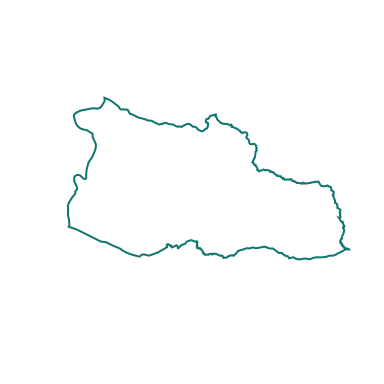 Guamal, Magdalena, Colombia, rotated 62°
{"feature_id": "7082276B25614510642734", "entity_name": "Guamal", "entity_type": "district", "adm_level": 2, "iso_a3": "COL", "parent_name": "Colombia", "parent_adm1": "Magdalena", "projection": "orthographic", "projection_center": [-74.102, 9.246], "detail": "fine", "context": "isolated", "style": "outline", "palette": "teal", "viewbox_px": 384, "rotation_deg": 62, "n_neighbors": 0, "source": "geoboundaries", "source_scale": "gbopen_adm2", "svg_char_len": 6012}
<svg xmlns="http://www.w3.org/2000/svg" viewBox="0 0 384 384"><g transform="rotate(62 192 192)"><path d="M164.8,317.2L170.2,312.1L172.6,310.2L193.0,295.7L196.0,291.4L201.7,287.4L208.7,281.7L210.3,281.2L214.9,278.2L219.0,274.6L223.9,269.3L224.4,268.4L224.4,267.7L223.9,266.7L223.9,265.0L225.0,263.2L228.0,259.9L229.4,250.1L229.0,239.8L227.8,239.6L227.0,239.3L226.6,237.9L226.8,237.5L228.1,237.1L228.6,236.4L229.5,236.3L229.8,235.5L230.4,235.9L231.5,235.8L231.9,232.3L231.6,230.9L233.1,230.2L235.0,230.8L235.3,230.3L234.3,227.8L233.9,225.8L234.4,223.7L234.4,221.9L233.3,220.2L234.1,215.2L237.2,212.7L237.6,211.1L238.4,210.6L239.0,210.8L239.4,211.8L240.0,211.8L240.3,212.2L241.6,212.3L242.0,213.4L243.2,213.5L243.6,213.8L243.8,213.7L243.7,213.4L244.0,213.2L243.9,212.8L244.1,212.5L245.1,212.4L245.3,211.3L246.6,211.4L246.8,210.8L248.4,210.6L249.0,210.3L250.0,210.7L250.3,210.3L251.5,210.9L251.7,210.5L252.3,210.4L252.5,209.9L253.2,210.2L253.9,209.5L254.1,208.6L255.0,207.1L254.9,206.4L255.2,206.2L255.0,205.5L255.8,203.6L256.7,203.5L256.5,202.1L257.0,201.6L257.6,199.9L259.0,199.2L259.5,198.5L261.4,197.2L261.8,195.8L262.6,195.6L262.8,195.0L264.5,195.3L265.0,195.1L265.0,194.3L265.3,194.2L266.0,192.9L265.9,192.5L266.2,191.0L265.8,190.5L265.8,189.2L266.4,187.6L266.3,186.9L266.6,186.2L267.8,185.3L267.9,185.1L267.4,184.2L267.5,183.0L267.1,182.8L266.5,180.4L265.7,179.2L266.0,178.3L265.8,177.2L266.7,175.0L266.7,172.9L267.6,169.4L268.9,167.6L269.3,164.7L271.4,162.2L272.3,160.4L274.2,153.7L274.8,153.3L275.6,152.1L276.9,151.5L278.9,149.1L279.9,147.0L286.1,144.2L286.9,143.6L287.3,142.2L288.0,141.6L288.2,141.1L289.2,141.0L291.8,139.8L291.9,139.4L292.5,139.1L293.7,137.6L296.1,137.4L297.1,133.3L299.9,131.4L301.7,129.3L301.9,128.4L302.7,127.1L302.9,125.6L304.3,122.6L306.7,119.7L307.0,116.4L308.0,112.8L310.5,108.4L312.2,104.0L312.8,100.3L314.4,97.5L314.8,94.3L314.6,91.6L314.9,90.2L314.7,88.0L314.9,86.7L314.7,84.1L315.1,82.6L316.4,80.3L315.8,80.4L314.8,81.9L314.2,82.0L313.8,83.4L313.0,83.4L312.3,84.1L311.4,83.5L311.0,83.6L310.4,84.4L309.7,84.1L309.3,84.5L309.0,84.1L308.6,84.3L308.3,83.9L307.2,84.8L306.9,84.4L306.1,84.7L305.5,84.5L305.7,84.1L304.8,84.2L304.7,84.0L304.8,83.7L303.5,82.6L303.6,81.4L302.2,80.9L301.3,79.9L300.2,78.1L299.3,77.5L298.3,76.3L296.6,75.4L294.6,75.6L294.1,75.3L294.0,75.0L294.3,74.5L294.3,73.9L293.7,73.4L292.8,73.7L291.1,73.4L290.4,73.7L289.7,73.1L289.1,72.9L288.7,73.6L287.9,74.2L283.8,74.4L284.6,73.8L284.0,72.7L282.8,72.3L282.1,72.3L280.9,71.2L279.1,71.2L278.8,70.2L277.7,69.4L276.9,69.4L275.8,70.2L274.5,70.6L274.1,71.1L273.2,70.4L272.2,70.3L271.2,69.6L269.3,70.2L268.5,70.8L266.7,69.7L262.5,69.3L261.9,68.8L260.8,69.2L260.2,68.6L260.0,67.6L258.0,66.8L255.9,68.1L255.3,68.1L254.3,67.4L252.5,67.2L251.1,68.9L249.9,69.2L249.2,72.3L247.4,74.8L246.6,75.2L245.1,75.4L242.6,75.4L242.0,75.6L241.8,76.9L240.7,78.3L240.6,80.1L239.8,81.1L239.6,83.1L238.9,84.5L238.8,85.8L238.1,86.7L237.9,87.9L237.5,88.4L236.3,88.9L236.7,89.9L236.3,90.2L236.3,90.6L235.6,90.8L235.8,91.6L235.2,92.4L234.2,93.2L233.3,95.2L231.7,95.8L231.3,96.4L230.8,96.4L230.5,97.0L229.8,97.2L229.5,98.1L228.5,98.4L227.2,98.4L226.8,99.0L227.0,100.0L225.8,101.5L224.6,104.5L222.9,104.7L223.0,105.4L222.1,105.2L221.5,106.0L220.6,106.4L220.2,106.6L219.8,106.3L218.5,108.4L217.7,109.1L217.4,108.9L217.3,109.4L216.9,109.3L215.1,110.5L213.4,110.7L213.0,111.2L212.3,111.2L211.6,112.6L210.8,112.7L210.1,113.1L210.4,113.7L209.3,113.9L208.1,114.9L207.4,115.9L207.4,117.2L206.1,117.9L205.7,118.4L205.5,119.2L205.8,120.0L205.3,121.2L205.3,123.1L203.8,123.2L203.5,123.9L203.1,124.1L201.9,123.2L200.8,123.1L199.6,123.5L198.2,123.1L197.5,123.5L197.4,124.2L195.9,124.0L194.2,124.7L194.1,123.9L192.8,123.2L192.4,122.2L191.4,121.3L191.5,120.8L188.0,118.0L186.8,117.2L186.3,117.1L185.8,115.4L184.3,115.2L183.8,114.2L183.0,114.3L181.6,114.0L181.3,113.6L179.5,114.0L178.4,114.8L178.2,115.2L178.2,116.3L177.9,116.9L176.9,118.1L176.1,118.4L172.7,117.4L169.6,118.6L168.5,117.6L167.9,116.5L166.0,115.8L165.4,115.9L164.0,117.1L163.6,119.9L162.7,120.0L162.1,121.0L161.3,120.8L160.5,120.9L160.1,121.5L158.7,121.8L156.7,122.9L156.1,123.9L154.3,124.8L153.3,126.3L152.7,126.3L152.3,125.7L151.7,126.0L151.0,125.7L150.7,127.4L150.0,127.6L149.3,128.6L148.4,128.8L147.7,130.6L146.9,131.4L146.4,132.5L146.0,133.0L144.9,133.4L144.4,134.3L143.3,134.4L140.2,135.6L138.8,135.6L137.4,135.2L136.2,135.9L135.7,135.8L135.1,134.4L134.7,134.4L133.4,140.2L135.0,143.1L134.4,144.8L135.3,146.2L136.0,146.7L137.5,146.8L138.0,145.7L138.9,145.5L140.1,146.4L141.1,146.7L141.4,147.4L141.9,147.5L142.9,149.2L142.7,149.8L142.7,151.3L143.2,152.2L143.2,154.5L142.2,155.7L139.0,157.7L137.6,157.7L136.2,158.4L135.2,159.6L134.8,160.6L132.4,161.4L130.1,163.0L129.5,165.8L129.6,167.5L129.2,168.7L129.7,170.0L129.6,170.9L127.9,172.4L127.9,173.6L127.7,174.0L125.7,175.7L123.6,177.0L122.7,178.5L120.3,181.3L118.7,182.4L118.4,183.9L117.8,185.3L118.0,186.7L117.3,187.9L117.1,189.2L115.1,190.7L114.6,191.3L110.5,194.0L109.3,195.3L108.2,197.4L106.3,198.7L105.9,199.3L105.1,199.8L104.7,200.5L103.1,202.0L101.8,203.8L95.4,208.4L93.7,210.1L89.1,210.2L86.7,214.0L86.1,215.6L84.8,216.5L82.5,216.7L80.7,217.3L74.8,220.0L71.9,221.6L67.7,225.1L70.3,226.2L71.0,226.9L73.7,231.5L74.4,233.2L74.4,235.0L73.7,236.6L73.8,236.9L72.5,238.6L71.3,240.7L67.9,251.9L67.6,256.3L67.7,257.8L68.0,258.8L68.8,260.2L70.5,261.0L75.4,262.1L78.6,262.3L80.1,262.1L82.5,261.2L83.8,260.4L85.7,258.7L88.0,255.9L93.7,252.5L96.6,253.8L99.7,254.2L104.1,254.3L106.5,255.4L108.0,256.4L109.7,258.1L110.9,259.4L112.2,261.3L113.5,262.6L114.7,264.3L115.8,266.7L117.6,269.8L122.7,274.5L123.5,274.9L124.9,276.0L128.4,278.1L129.5,278.5L130.0,279.0L130.4,279.9L130.4,280.4L130.0,280.9L128.8,281.7L125.0,282.9L124.1,283.7L123.0,285.5L122.9,286.9L123.1,287.9L124.1,289.3L125.8,290.3L127.3,290.9L132.9,291.2L135.0,291.7L135.6,292.2L136.6,294.8L138.2,295.6L138.8,296.2L140.9,301.0L143.6,305.6L145.1,307.3L147.0,308.6L147.5,308.6L154.0,312.3L159.5,313.9L163.4,315.7L164.2,316.3L164.8,317.2Z" fill="none" stroke="#0f766e" stroke-width="2"/></g></svg>